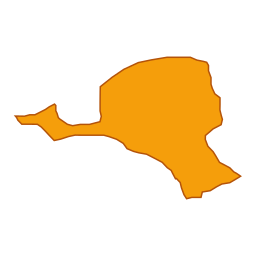 Pukchang, P'yŏngan-namdo, North Korea
{"feature_id": "82179303B65927505203644", "entity_name": "Pukchang", "entity_type": "district", "adm_level": 2, "iso_a3": "PRK", "parent_name": "North Korea", "parent_adm1": "P'yŏngan-namdo", "projection": "natural_earth1", "projection_center": [126.287, 39.559], "detail": "fine", "context": "isolated", "style": "filled", "palette": "amber", "viewbox_px": 256, "rotation_deg": 0, "n_neighbors": 0, "source": "geoboundaries", "source_scale": "gbopen_adm2", "svg_char_len": 1314}
<svg xmlns="http://www.w3.org/2000/svg" viewBox="0 0 256 256"><path d="M15.4,116.1L16.6,117.5L17.9,120.2L21.8,124.2L25.7,124.2L30.9,124.2L37.4,124.3L41.3,127.0L45.2,131.0L49.0,135.1L54.2,140.5L60.7,139.1L68.6,136.5L75.1,135.1L81.6,135.2L94.6,135.2L103.8,135.2L109.0,136.6L116.7,139.3L123.2,143.3L127.1,148.7L133.6,151.4L138.8,152.8L146.6,154.2L154.4,158.2L162.2,162.3L167.3,167.7L171.2,170.4L172.5,173.1L175.5,178.8L176.4,178.5L180.2,182.5L181.5,187.9L184.0,194.7L186.6,198.7L191.8,197.4L195.8,197.4L201.0,197.4L202.3,192.0L210.2,190.7L216.7,186.7L221.9,184.0L229.8,182.7L238.9,177.3L240.6,176.2L236.4,173.3L233.8,171.9L229.9,167.9L224.7,165.1L219.5,162.4L215.6,155.7L213.1,151.7L207.9,146.3L205.3,139.5L205.4,135.5L213.2,128.8L221.1,124.7L222.4,119.4L221.2,115.3L219.9,109.9L220.0,104.5L220.0,97.8L214.8,93.8L212.3,88.4L211.0,84.3L211.0,77.6L208.5,70.9L208.5,65.5L206.7,62.3L203.4,61.4L196.9,60.1L190.4,57.3L178.7,57.3L166.9,57.3L151.3,59.9L138.3,62.6L123.9,69.3L112.1,77.3L100.3,86.7L100.2,92.1L100.1,102.9L100.1,111.0L101.3,116.4L100.0,121.7L89.5,124.4L80.4,124.4L72.6,125.7L67.4,124.3L63.5,121.6L59.6,118.9L58.3,117.6L57.1,113.5L55.8,110.8L55.8,105.5L54.5,104.1L49.3,106.8L45.4,109.5L40.1,112.2L34.9,114.8L29.7,114.8L24.5,116.2L17.9,116.1L15.4,116.1Z" fill="#f59e0b" stroke="#b45309" stroke-width="1.5"/></svg>